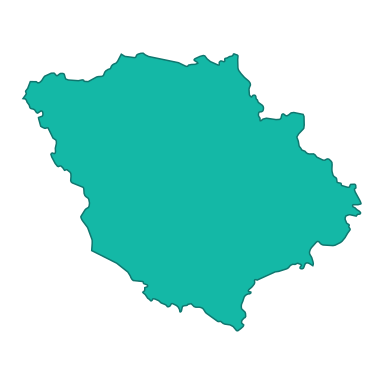 the Region of Poltava
{"feature_id": "UKR-330", "entity_name": "Poltava", "entity_type": "Region", "adm_level": 1, "iso_a3": "UKR", "parent_name": "Ukraine", "parent_adm1": "", "projection": "albers", "projection_center": [33.89, 49.646], "detail": "fine", "context": "isolated", "style": "filled", "palette": "teal", "viewbox_px": 384, "rotation_deg": 0, "n_neighbors": 0, "source": "natural_earth", "source_scale": "10m", "svg_char_len": 5881}
<svg xmlns="http://www.w3.org/2000/svg" viewBox="0 0 384 384"><path d="M88.2,81.6L96.6,77.0L98.2,76.6L101.6,76.4L102.6,76.1L103.1,75.7L103.6,75.1L104.8,72.1L105.9,70.8L108.1,69.4L109.8,68.9L110.3,68.6L110.7,68.0L111.4,66.2L112.5,64.9L113.7,64.1L116.1,63.1L117.6,61.3L121.3,54.2L124.9,56.4L134.3,57.6L135.5,57.4L136.1,56.5L136.5,55.4L137.1,54.7L138.2,54.1L140.9,53.3L143.2,53.2L145.3,54.9L148.6,56.5L178.5,62.7L185.9,66.3L186.9,66.4L187.6,66.3L188.6,65.1L191.3,64.5L195.3,64.3L197.8,63.3L197.7,62.8L197.4,62.4L194.3,60.4L194.1,59.8L194.3,59.4L195.0,58.7L200.0,56.4L203.3,55.5L204.8,55.9L207.2,59.0L210.4,61.6L218.0,65.0L218.7,65.0L219.2,64.9L219.3,64.3L219.2,62.7L219.3,62.2L220.2,61.3L221.0,60.9L223.9,61.7L224.4,61.5L224.8,61.1L224.9,60.5L224.7,59.3L224.8,58.8L225.2,58.4L227.3,57.9L229.4,56.6L231.5,56.2L232.4,55.8L233.0,55.2L233.5,54.0L234.1,53.9L237.4,55.1L238.0,55.9L237.7,59.6L237.9,67.3L238.0,68.4L238.7,70.4L241.0,73.6L244.4,77.4L248.7,81.1L249.9,82.7L250.4,84.1L250.4,85.2L249.5,87.3L249.0,89.2L249.3,93.7L249.4,94.8L249.7,95.4L250.9,96.8L251.4,97.0L251.9,96.7L252.5,95.7L253.1,95.3L254.2,95.1L255.3,95.5L255.8,96.4L256.1,98.6L256.4,99.1L257.4,100.0L258.0,101.8L258.6,102.6L262.2,105.2L262.9,106.0L263.3,106.9L263.5,108.0L263.4,109.2L263.1,110.3L262.7,111.0L261.6,111.7L259.4,112.0L259.0,112.3L258.7,112.8L258.4,114.7L258.5,115.5L258.7,116.3L259.9,118.0L260.0,118.6L260.0,119.9L260.2,120.7L261.0,120.7L263.0,119.1L266.4,118.2L276.0,119.6L279.5,119.4L280.4,118.9L281.0,118.0L281.8,114.8L282.2,114.3L283.0,113.9L283.6,114.0L285.7,115.6L286.4,115.8L287.0,115.8L288.7,114.9L291.1,112.9L293.8,112.5L303.1,114.4L304.0,116.5L304.2,125.0L303.8,128.3L303.1,129.2L298.8,133.7L296.8,137.0L298.3,141.2L299.1,145.9L299.6,146.8L300.5,147.8L301.6,149.6L302.0,150.1L304.9,151.2L306.3,152.7L307.6,153.6L309.5,154.0L313.6,153.9L315.0,154.8L316.8,157.1L323.0,160.1L324.8,160.2L326.5,159.2L327.5,158.9L328.7,159.1L329.3,159.5L331.0,161.1L331.9,162.4L332.1,164.6L331.9,168.9L332.0,171.2L332.8,174.4L333.2,175.4L334.0,176.5L336.0,177.8L336.4,178.4L336.6,178.9L337.0,182.0L338.0,182.7L340.8,183.2L341.1,183.6L341.4,185.0L341.7,185.5L347.3,187.2L348.6,187.3L349.5,187.0L350.1,185.2L350.7,184.4L354.3,184.2L355.0,184.4L355.4,184.8L355.7,185.3L355.9,187.9L354.5,189.0L354.5,190.0L355.2,192.0L359.8,200.4L360.7,202.4L361.0,203.7L360.1,204.2L358.0,204.7L353.3,204.7L352.8,205.0L352.6,205.4L352.7,206.4L353.1,206.9L355.1,207.9L356.9,209.7L359.0,211.0L360.1,212.0L360.6,212.9L360.5,213.3L360.1,213.9L359.7,214.1L357.5,214.4L356.2,216.1L349.9,214.7L348.8,214.8L346.0,215.9L345.2,217.6L345.1,219.3L346.5,222.7L346.9,223.4L349.0,224.6L349.2,225.6L348.8,226.3L348.8,227.0L349.9,228.6L350.1,229.3L350.0,229.9L347.5,233.4L345.0,237.7L342.1,241.2L340.5,242.5L335.1,245.2L333.0,245.6L323.1,245.0L321.4,244.3L320.2,243.3L319.3,242.1L318.5,241.6L317.4,241.5L316.5,242.0L311.4,247.7L310.5,249.1L309.9,250.6L309.5,252.0L309.5,252.9L309.7,254.1L311.7,257.5L313.0,261.8L313.3,263.6L313.2,264.7L312.8,265.7L309.7,263.7L308.7,263.2L306.9,262.8L305.6,263.4L304.9,264.4L303.9,267.2L303.4,268.2L302.3,268.8L301.0,268.8L300.0,268.1L300.0,267.6L300.4,266.6L301.4,265.6L301.4,265.1L300.7,264.4L297.9,263.3L297.3,263.3L295.1,264.4L292.6,264.3L290.4,265.4L288.4,267.8L286.8,268.8L278.7,271.4L275.1,271.9L257.1,280.1L256.0,279.6L254.8,279.8L254.5,280.5L254.7,282.7L254.3,283.9L253.0,285.7L251.6,287.3L249.1,289.4L248.5,290.3L248.3,290.8L248.6,291.6L250.8,292.0L250.9,292.4L250.8,293.0L249.7,293.8L248.4,293.9L246.5,294.6L244.8,296.1L244.1,297.2L242.7,301.5L241.8,303.6L241.4,304.9L241.3,306.8L241.5,308.4L241.7,308.9L245.0,312.1L245.5,313.5L245.7,316.4L245.1,317.5L244.0,318.1L241.9,320.4L241.7,320.9L241.6,322.7L241.7,323.2L243.7,324.9L243.5,325.8L242.9,326.7L240.7,328.7L237.8,330.8L236.5,330.6L233.2,326.6L230.1,324.9L224.8,324.1L223.1,323.4L220.7,321.4L218.5,321.6L217.7,321.4L206.4,313.3L205.5,312.4L203.5,309.3L202.7,308.4L201.1,307.6L199.4,307.2L195.9,307.2L194.1,306.6L191.2,303.7L188.0,304.3L187.8,304.7L187.2,305.2L186.3,305.5L184.3,305.7L182.7,306.3L182.2,307.3L181.5,310.7L181.2,311.3L180.6,311.9L180.1,311.9L179.9,311.6L179.5,309.5L178.3,307.2L176.5,305.5L172.8,303.7L171.9,303.6L171.3,303.8L170.2,305.8L169.0,306.6L167.9,306.8L167.3,306.6L166.5,305.5L165.5,304.7L161.1,302.9L158.6,300.6L155.4,299.2L154.0,298.8L153.0,298.8L152.0,300.4L151.2,300.9L150.7,300.8L149.4,299.4L147.7,298.2L145.2,294.5L143.2,292.9L142.8,292.2L144.2,291.1L144.7,290.2L144.8,287.6L146.7,287.0L147.5,286.5L147.6,285.5L147.1,284.8L143.9,283.7L143.4,283.1L143.1,281.8L142.6,281.5L133.2,280.5L132.0,279.4L130.9,277.6L130.2,275.8L127.8,272.0L116.7,263.2L91.7,250.6L92.2,243.4L92.2,240.7L92.0,239.5L87.9,228.3L87.5,227.4L83.0,221.4L82.0,219.9L81.2,218.2L80.9,217.2L80.9,216.5L85.0,209.9L86.1,208.8L88.3,207.5L88.9,206.6L89.2,205.6L89.5,203.0L88.8,199.4L88.2,198.3L85.6,196.4L84.8,195.3L84.1,193.4L83.8,188.9L83.5,187.9L83.1,187.3L72.3,182.9L71.1,181.8L70.7,180.5L71.0,176.5L70.9,173.9L70.3,172.4L67.1,169.8L66.2,169.7L65.3,170.1L64.5,170.3L62.9,167.9L61.1,166.1L60.1,165.9L58.3,166.6L57.4,166.2L55.2,163.5L51.8,157.1L50.9,154.4L51.4,153.4L52.3,153.0L54.2,153.6L55.0,153.2L55.3,152.6L55.5,151.8L55.3,148.2L56.4,143.5L56.3,141.2L56.1,140.5L55.7,139.9L53.0,138.1L48.1,128.0L47.0,127.8L45.5,128.3L44.4,128.2L42.2,127.2L40.7,126.2L38.6,118.5L38.5,117.5L42.2,116.2L42.6,115.6L42.9,114.9L42.9,113.1L42.5,111.7L41.8,111.1L41.0,110.9L37.7,113.1L36.5,112.6L34.6,109.8L33.2,109.1L31.2,108.6L30.5,108.3L29.9,107.5L29.1,104.9L27.1,102.2L26.5,100.5L25.5,99.0L23.0,98.6L26.0,94.4L26.3,93.5L25.6,91.5L25.7,91.0L27.7,88.4L30.3,81.6L36.2,81.7L37.9,82.9L39.4,82.6L40.5,81.8L41.7,80.6L43.7,77.4L44.7,76.2L51.2,73.2L53.8,73.1L54.4,73.3L56.3,75.5L56.8,75.7L57.4,75.6L60.3,73.5L62.4,73.4L63.7,73.7L64.3,74.4L65.3,78.0L65.9,79.1L68.4,80.0L78.4,80.7L82.2,79.9L83.2,80.0L83.7,80.3L84.1,81.2L84.6,81.4L88.2,81.6Z" fill="#14b8a6" stroke="#0f766e" stroke-width="1.5"/></svg>